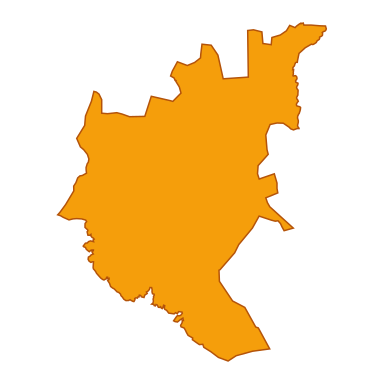 the district of Rano, Kano, Nigeria
{"feature_id": "59680162B88243538379460", "entity_name": "Rano", "entity_type": "district", "adm_level": 2, "iso_a3": "NGA", "parent_name": "Nigeria", "parent_adm1": "Kano", "projection": "natural_earth1", "projection_center": [8.548, 11.488], "detail": "fine", "context": "isolated", "style": "filled", "palette": "amber", "viewbox_px": 384, "rotation_deg": 0, "n_neighbors": 0, "source": "geoboundaries", "source_scale": "gbopen_adm2", "svg_char_len": 5018}
<svg xmlns="http://www.w3.org/2000/svg" viewBox="0 0 384 384"><path d="M269.7,348.9L258.3,327.9L255.7,327.0L244.8,307.4L239.7,304.7L232.6,301.0L219.4,281.3L219.0,270.2L220.1,269.6L234.7,252.8L238.9,244.3L239.0,244.3L252.4,228.1L259.1,216.1L271.2,220.1L275.3,221.2L277.9,220.8L278.0,220.8L280.5,223.6L281.9,226.7L284.1,230.7L293.3,228.1L269.8,206.8L267.4,202.6L265.8,197.8L277.8,192.9L277.0,188.5L277.0,183.1L274.3,173.8L259.2,179.0L257.5,173.8L258.1,165.6L258.3,165.4L261.8,161.5L262.9,160.3L268.2,154.3L267.0,149.6L265.8,135.0L270.1,124.5L277.0,123.0L283.3,123.2L289.0,127.1L290.8,128.9L293.5,129.9L297.0,128.6L299.0,128.6L299.0,128.2L298.0,126.9L297.6,126.0L297.6,125.4L297.7,124.7L297.9,124.0L298.3,122.2L298.3,120.7L298.0,119.6L297.8,118.8L297.6,118.5L297.5,118.1L297.6,117.2L297.7,116.2L297.9,115.5L298.3,115.0L298.5,114.3L299.2,113.4L299.4,112.9L299.7,111.7L300.0,111.1L300.4,109.3L300.6,107.6L300.4,107.2L299.4,106.6L298.1,106.3L296.9,105.9L296.6,105.5L296.5,104.8L296.4,104.3L296.6,103.6L297.1,102.9L297.3,102.5L298.3,101.3L297.8,100.3L297.6,99.7L297.2,99.3L296.9,99.0L296.7,98.3L296.6,97.8L296.7,97.3L296.8,96.9L297.2,96.4L297.5,95.6L297.9,95.1L297.9,93.6L298.0,92.0L298.1,90.6L297.8,89.6L297.2,89.1L296.7,88.0L296.6,87.3L296.8,86.5L297.2,85.8L297.8,84.9L298.0,83.8L298.0,83.2L297.7,83.0L297.2,82.9L296.2,82.4L295.8,82.2L295.7,81.6L295.6,80.6L296.0,80.1L296.5,79.7L296.8,79.1L297.0,78.6L296.8,77.0L295.8,75.8L295.1,75.6L293.8,76.0L293.1,75.9L293.0,75.4L293.1,74.8L293.3,74.2L293.4,73.8L293.3,72.8L293.2,72.2L293.5,71.1L293.5,70.6L293.6,69.6L292.7,69.7L292.9,69.1L292.9,68.5L292.9,67.6L293.4,67.0L293.8,66.4L294.3,66.0L294.5,65.6L294.7,64.7L294.8,64.2L295.2,63.6L295.4,62.9L296.1,62.4L296.8,62.2L297.3,62.3L297.6,60.2L299.0,53.4L305.3,47.7L310.5,44.7L311.3,44.2L312.4,44.5L313.3,44.4L314.5,43.7L315.1,43.3L315.9,42.8L316.3,42.4L317.2,40.7L317.9,40.3L319.2,39.4L319.6,38.6L319.6,37.1L320.2,36.8L320.8,36.6L321.9,35.9L322.4,35.4L322.5,34.8L322.6,33.6L322.2,32.5L323.7,31.5L324.8,31.2L325.7,30.4L326.3,28.9L325.5,26.0L320.0,25.8L311.3,25.1L303.9,25.1L303.5,23.9L303.2,23.0L302.6,23.2L302.4,23.4L301.7,23.3L301.1,23.7L300.8,23.2L299.2,24.1L297.6,25.3L296.4,26.2L295.1,27.6L289.7,25.4L286.4,30.8L280.3,35.0L271.9,37.5L271.2,44.7L262.9,43.5L261.9,31.9L253.5,29.8L247.7,30.5L248.3,77.1L223.2,78.8L217.9,55.1L211.2,45.2L202.0,44.2L200.8,54.0L200.5,57.9L194.6,62.5L187.3,65.5L177.4,61.8L174.6,67.0L172.4,71.0L170.6,76.0L174.1,78.0L175.1,80.5L175.3,80.6L175.6,80.3L176.1,80.6L175.9,81.4L176.5,82.4L177.3,83.7L179.3,86.9L181.0,93.1L178.6,95.5L172.8,101.4L170.1,100.6L151.3,96.3L144.8,116.4L129.5,116.7L121.9,114.0L116.8,112.7L107.5,113.7L101.7,113.2L101.7,99.7L99.0,94.1L96.4,92.1L93.9,91.4L91.4,101.3L85.5,116.0L84.7,125.4L76.7,138.4L80.4,146.9L83.8,149.8L87.4,154.4L88.9,159.0L88.3,162.3L87.3,163.6L86.1,167.4L86.1,169.0L86.2,170.6L86.5,173.2L83.7,174.7L82.3,175.5L79.9,175.9L77.7,177.9L75.9,182.7L73.7,186.1L73.8,190.9L65.6,204.6L59.8,212.5L57.7,214.8L60.5,215.7L63.2,217.3L69.0,219.9L73.0,218.9L76.6,218.6L81.6,218.9L83.7,219.5L85.7,220.1L86.6,221.6L85.1,223.4L85.0,225.5L85.0,227.4L86.5,228.8L87.7,229.9L87.9,230.8L87.1,231.8L87.9,235.2L89.9,235.3L90.9,234.4L91.1,236.3L92.2,237.5L93.3,238.1L94.2,239.2L93.1,240.0L93.6,241.7L90.5,240.9L88.5,241.6L87.4,242.9L85.4,243.2L83.2,246.1L83.9,246.9L85.5,247.4L86.1,249.0L87.4,250.3L89.3,251.7L91.1,250.1L92.4,250.0L93.4,250.0L93.3,250.8L91.9,251.2L92.3,252.5L93.3,254.0L91.1,254.9L90.2,256.0L88.4,257.1L88.1,259.3L89.1,261.2L90.9,262.4L92.3,261.8L93.5,261.8L93.4,263.0L93.2,266.2L93.1,267.4L93.4,268.9L94.2,269.7L95.6,271.5L96.6,273.4L98.8,275.9L100.8,278.1L102.5,279.4L104.0,280.0L104.9,279.4L106.2,278.9L106.6,277.3L107.6,277.2L107.7,278.6L109.1,278.3L109.0,279.5L107.7,280.6L109.5,283.3L110.6,286.5L112.7,288.1L114.2,288.9L115.4,290.1L117.0,291.8L118.8,292.5L120.5,294.1L121.0,295.7L122.3,297.0L123.8,299.2L125.9,300.6L128.5,300.5L130.1,299.7L131.2,300.5L133.2,301.5L134.0,301.5L135.0,299.6L134.7,298.5L136.0,297.8L137.4,298.1L138.1,296.8L139.0,296.9L139.3,295.2L140.1,295.3L140.8,295.6L141.3,296.8L142.3,297.1L144.0,297.5L144.8,295.1L147.2,293.5L146.4,292.0L147.8,291.3L149.4,289.5L150.0,287.5L151.6,287.6L152.1,289.6L152.0,291.9L152.5,293.8L154.1,294.2L154.2,295.2L153.5,296.4L153.6,297.5L153.1,299.1L153.4,301.1L153.0,303.0L151.7,304.1L153.9,304.5L154.2,305.6L155.4,305.9L156.0,304.5L157.1,304.9L157.7,305.9L158.4,307.3L159.6,307.4L160.6,306.7L161.1,307.9L162.2,308.6L162.9,307.5L163.6,305.2L164.7,305.6L164.3,308.3L164.9,309.4L166.6,310.3L168.7,313.1L174.1,313.9L175.6,312.7L177.2,313.7L178.7,311.6L180.7,311.9L182.0,312.1L182.3,313.3L180.7,315.3L179.0,315.9L177.6,315.5L176.5,316.6L173.6,320.8L175.0,321.6L177.5,322.0L180.4,319.6L182.9,318.1L183.4,320.5L182.2,320.4L182.3,322.1L181.5,323.9L180.6,325.3L181.0,326.8L184.1,328.0L185.4,330.2L186.5,332.6L188.1,335.4L192.7,338.0L192.4,339.7L196.6,342.7L199.4,344.6L202.8,344.3L203.8,347.3L210.7,351.6L218.4,357.4L228.1,361.0L236.2,355.7L252.7,351.2L269.7,348.9Z" fill="#f59e0b" stroke="#b45309" stroke-width="1.5"/></svg>